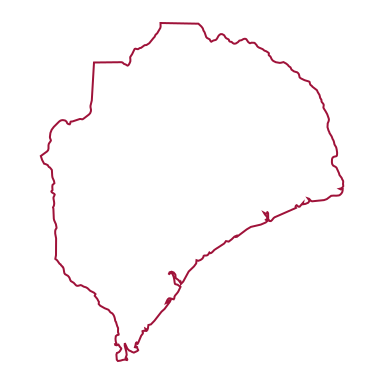 SVG path tracing the border of Zambezia
{"feature_id": "MOZ-1906", "entity_name": "Zambezia", "entity_type": "Province", "adm_level": 1, "iso_a3": "MOZ", "parent_name": "Mozambique", "parent_adm1": "", "projection": "robinson", "projection_center": [37.187, -16.952], "detail": "fine", "context": "isolated", "style": "outline", "palette": "rose", "viewbox_px": 384, "rotation_deg": 0, "n_neighbors": 0, "source": "natural_earth", "source_scale": "10m", "svg_char_len": 5885}
<svg xmlns="http://www.w3.org/2000/svg" viewBox="0 0 384 384"><path d="M94.0,62.5L121.3,62.2L122.5,62.5L124.0,63.9L125.7,64.5L127.1,65.4L127.5,65.6L128.1,65.4L128.7,64.8L129.6,63.2L130.3,61.5L130.4,59.8L130.2,57.8L130.3,56.9L132.1,54.2L134.5,49.2L134.8,48.9L135.4,48.7L137.2,49.1L138.1,49.1L139.7,48.1L141.1,47.8L144.2,45.5L144.7,45.2L146.5,45.0L149.3,43.2L153.5,38.0L154.5,37.0L155.6,34.7L157.2,33.3L160.3,28.0L160.6,26.6L160.5,23.0L198.4,23.7L201.4,26.5L202.8,28.4L203.5,30.6L204.6,32.3L206.2,37.0L207.1,38.0L209.6,39.3L210.5,41.0L210.9,41.5L211.3,41.7L213.4,40.5L215.5,40.0L216.2,39.6L217.0,38.6L218.5,35.9L219.0,35.3L220.4,34.2L221.9,34.1L222.5,34.3L224.2,35.3L225.5,37.5L225.9,37.9L226.5,38.4L228.4,39.3L228.8,39.7L229.1,40.8L229.6,41.4L230.1,41.7L231.6,41.9L232.7,43.0L233.6,43.5L234.2,43.7L234.8,43.7L236.0,43.4L238.0,42.1L239.4,40.6L241.5,40.2L243.2,39.2L244.3,38.8L245.3,38.8L246.3,39.2L248.2,42.0L249.6,43.1L250.6,43.1L251.4,42.7L254.2,42.8L254.7,43.0L256.6,45.1L257.2,46.2L257.8,46.8L258.8,47.5L262.6,49.1L264.4,50.6L266.3,51.3L268.4,52.7L268.8,53.1L268.9,53.5L268.7,54.9L269.0,55.4L270.4,56.5L271.7,59.2L272.7,60.5L273.8,61.2L275.8,62.2L279.8,62.9L281.2,62.7L283.5,62.1L286.2,63.6L287.9,65.0L288.7,66.1L290.5,67.4L291.5,69.6L294.0,71.4L297.1,72.3L298.1,73.1L298.8,74.1L299.2,75.4L299.6,77.3L300.2,77.9L301.1,78.5L304.6,80.2L308.3,81.3L309.1,81.6L309.6,82.0L310.0,83.9L310.6,85.0L311.9,86.0L312.4,86.7L316.9,90.2L317.8,92.2L319.5,95.0L320.2,97.9L321.4,99.8L321.5,101.3L321.7,101.9L323.0,103.5L323.6,104.4L323.7,105.4L323.4,107.4L323.7,108.3L325.6,111.3L327.2,114.2L328.7,118.4L328.9,119.4L328.8,120.4L328.6,121.3L327.7,123.4L327.6,125.5L327.5,127.1L327.6,127.5L328.5,130.5L329.3,132.1L329.5,133.0L331.7,136.5L332.6,139.0L333.4,140.3L333.9,141.7L334.5,144.5L336.0,147.0L336.3,147.8L336.7,149.7L337.1,152.4L337.1,153.6L337.0,155.1L336.7,155.9L336.3,156.2L333.8,156.8L333.0,157.3L332.5,157.9L332.0,159.2L331.9,162.0L332.0,163.1L332.3,164.3L333.2,165.6L335.6,166.9L336.5,167.7L339.0,173.2L339.3,174.4L339.6,175.2L341.6,177.8L342.1,179.1L343.1,180.9L343.2,181.9L343.0,184.1L343.2,185.0L343.2,186.4L342.3,187.6L341.0,188.4L339.5,188.8L340.8,189.4L342.0,189.0L342.7,189.0L342.6,190.7L342.2,192.2L341.3,193.6L340.2,194.7L339.0,195.4L336.3,195.7L333.7,195.6L331.2,195.8L326.8,199.1L324.0,200.1L312.1,201.3L310.9,200.8L309.1,198.8L307.9,198.4L309.6,200.8L308.2,202.7L305.4,203.9L302.8,204.3L303.1,202.7L299.6,206.7L298.4,206.7L297.0,205.4L296.5,205.2L295.9,205.8L295.6,206.4L295.6,207.2L296.0,207.9L274.6,217.3L273.6,218.1L271.9,220.2L270.8,221.1L269.5,221.0L268.2,219.0L268.1,213.2L267.0,211.5L267.5,213.3L266.6,213.6L265.6,213.6L263.9,212.7L264.9,214.4L266.7,216.5L267.6,218.4L265.9,219.8L267.4,221.0L265.7,222.5L260.8,224.6L250.9,226.9L246.7,229.4L236.9,236.8L236.2,236.9L236.4,235.8L234.5,236.6L231.7,239.3L228.7,241.6L226.0,241.1L224.2,243.5L214.5,249.8L212.4,252.0L211.3,252.9L210.2,253.2L209.4,252.5L208.2,254.5L207.4,255.2L206.3,255.5L204.3,255.5L203.6,256.0L203.3,257.2L202.4,258.6L200.5,260.0L198.2,260.8L196.5,260.2L196.2,263.4L194.0,266.4L188.7,271.5L183.2,281.6L181.0,283.9L181.0,283.3L180.5,281.6L180.0,282.2L178.6,280.2L175.8,278.1L175.5,277.0L175.5,275.8L175.3,274.5L173.7,272.5L171.6,271.7L169.6,272.3L168.6,274.5L171.0,272.7L172.6,274.1L173.7,277.0L174.3,279.8L174.7,283.0L175.2,284.1L177.7,284.8L180.5,286.9L178.2,291.7L177.1,293.2L175.2,295.4L174.5,296.6L174.3,298.2L173.7,299.3L172.3,299.0L170.5,298.4L169.1,298.3L168.0,299.1L167.2,300.3L166.0,303.0L167.4,302.4L169.6,300.6L170.7,300.0L169.8,301.9L164.6,308.9L161.5,311.7L154.4,320.8L150.9,324.4L148.4,325.0L147.9,328.5L147.4,329.8L145.3,328.6L145.6,330.3L145.9,330.9L143.5,330.8L142.5,331.1L142.5,331.8L143.0,332.9L142.6,333.9L141.2,335.7L138.3,342.6L137.1,344.6L137.2,343.4L137.1,342.7L136.7,342.4L136.1,342.8L135.8,343.5L135.5,345.3L134.9,347.2L135.5,347.4L136.2,347.1L136.1,346.4L137.1,347.0L137.2,348.1L138.2,350.1L137.5,350.9L133.9,352.6L132.2,352.0L130.5,351.0L129.1,350.5L127.3,348.6L124.8,343.1L124.7,345.7L126.3,351.8L126.7,354.9L125.7,357.7L126.4,357.9L126.8,358.3L127.1,358.9L127.3,359.7L127.0,360.1L126.3,360.0L125.3,359.5L122.8,359.9L120.6,360.6L117.9,361.0L116.8,359.7L116.4,354.7L116.9,353.0L118.0,352.6L119.1,352.0L120.0,351.0L121.3,348.8L121.2,348.3L119.8,346.7L118.5,344.6L116.7,345.3L115.3,345.0L115.0,344.1L116.4,343.4L115.8,341.7L115.5,338.9L115.8,336.2L117.2,335.0L118.5,334.8L118.7,334.2L118.0,332.1L118.1,328.1L117.2,326.1L116.2,322.8L116.1,322.1L115.6,321.6L115.2,320.6L114.8,318.4L114.2,316.4L113.4,314.8L112.3,313.4L110.7,312.5L109.9,311.7L108.9,310.2L108.1,309.6L104.8,308.3L100.2,305.7L98.7,304.0L98.9,301.8L98.4,301.1L97.2,298.8L94.7,295.8L95.5,294.1L94.0,292.7L90.2,290.8L87.5,288.2L85.9,287.3L83.6,286.6L81.8,285.5L80.7,285.1L78.0,285.8L77.0,285.8L76.0,285.3L73.7,282.8L70.9,281.1L70.3,280.1L69.4,277.7L68.8,276.8L67.9,275.8L65.1,274.2L64.4,273.2L64.1,271.8L63.6,268.7L63.1,267.3L62.7,267.2L62.4,266.5L61.1,265.3L60.6,264.4L59.6,263.8L57.1,260.3L55.3,258.9L56.0,255.2L56.1,238.4L55.2,233.5L55.2,231.0L55.5,229.7L56.5,228.1L56.5,227.4L55.9,224.2L54.2,220.4L53.8,218.7L53.4,208.7L53.0,207.4L53.6,206.4L54.0,205.2L54.2,203.7L54.1,202.0L53.5,198.7L53.5,197.3L54.3,195.7L54.7,194.6L54.3,193.9L51.8,192.3L51.5,191.8L51.4,191.3L52.5,190.1L52.3,186.8L52.5,185.0L54.4,183.2L54.0,181.0L52.5,177.6L52.2,175.9L51.9,170.2L51.7,169.7L49.9,167.5L48.8,166.9L47.7,165.1L45.6,164.1L44.1,163.7L42.1,159.9L40.8,156.0L47.1,151.4L48.1,150.2L48.5,148.6L48.5,145.2L48.9,143.6L50.6,141.2L50.9,140.3L50.0,137.9L49.9,137.0L50.4,133.0L51.7,129.7L53.8,126.9L59.1,121.6L60.5,120.6L62.2,120.1L63.7,120.2L65.3,120.6L66.5,121.6L67.1,123.0L67.7,123.7L68.8,124.2L69.7,124.3L70.2,123.5L70.4,122.1L70.8,121.6L72.6,121.4L79.8,119.0L80.6,119.0L82.1,119.3L82.7,119.2L83.5,118.7L89.0,114.5L90.2,113.1L90.9,111.2L91.0,109.8L90.5,107.2L90.5,105.8L91.8,100.4L94.0,62.5Z" fill="none" stroke="#9f1239" stroke-width="2"/></svg>